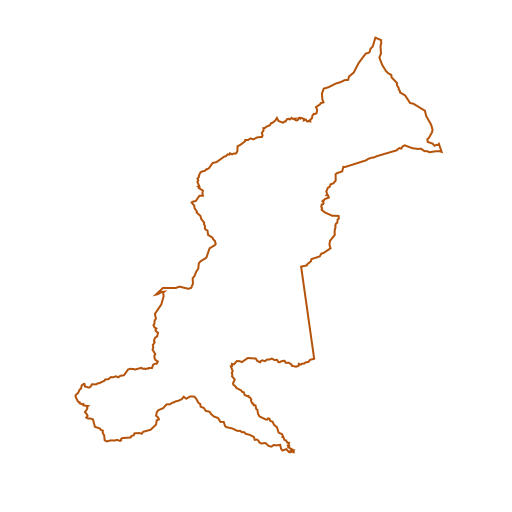 San Juan Bosco, Morona Santiago, Ecuador (Robinson projection), rotated 82°
{"feature_id": "8360857B91956383415021", "entity_name": "San Juan Bosco", "entity_type": "district", "adm_level": 2, "iso_a3": "ECU", "parent_name": "Ecuador", "parent_adm1": "Morona Santiago", "projection": "robinson", "projection_center": [-78.379, -3.26], "detail": "fine", "context": "isolated", "style": "outline", "palette": "amber", "viewbox_px": 512, "rotation_deg": 82, "n_neighbors": 0, "source": "geoboundaries", "source_scale": "gbopen_adm2", "svg_char_len": 6101}
<svg xmlns="http://www.w3.org/2000/svg" viewBox="0 0 512 512"><g transform="rotate(82 256 256)"><path d="M280.3,360.5L280.1,358.4L278.5,354.4L278.6,352.1L279.1,353.1L282.8,353.0L290.8,356.5L299.3,364.2L304.1,363.8L305.9,365.4L309.1,366.1L310.2,367.2L312.5,366.5L313.9,364.7L314.8,365.7L316.4,365.7L318.3,363.7L321.9,365.1L322.7,367.0L323.9,368.0L325.9,368.9L327.3,368.3L329.9,370.6L332.1,370.4L334.3,371.5L339.2,369.4L340.5,370.5L342.8,370.7L344.9,370.1L346.8,367.9L348.7,369.1L348.7,371.1L349.4,373.0L352.5,374.6L352.0,377.7L352.6,378.5L352.2,379.5L352.7,381.1L352.0,381.9L352.0,383.8L350.8,385.0L351.6,391.7L350.9,392.9L350.2,396.4L350.6,398.5L355.7,403.3L355.8,407.1L357.0,409.3L355.7,411.3L356.2,415.2L355.7,416.4L357.4,419.2L357.4,422.7L358.4,423.4L360.2,429.1L360.0,430.4L360.9,432.1L360.2,436.3L362.4,438.0L363.1,439.8L361.4,443.5L358.8,443.7L358.6,444.2L359.9,446.6L362.9,447.7L363.7,449.2L366.7,451.1L368.7,454.0L370.0,454.3L372.6,453.5L375.4,452.5L376.5,450.9L377.3,451.2L378.7,448.6L378.5,447.6L379.9,447.7L381.2,443.3L381.8,444.4L383.0,444.1L384.6,445.0L386.8,447.2L388.8,445.7L390.9,445.0L392.4,446.5L393.7,444.7L393.7,442.9L395.1,440.2L402.7,439.3L405.1,434.6L406.5,434.0L407.6,432.0L409.7,432.4L412.7,431.3L417.3,431.5L418.8,429.7L418.4,425.4L419.1,421.3L418.7,419.3L420.2,416.3L419.8,415.2L418.5,415.1L417.7,413.8L418.3,405.4L417.1,404.6L416.4,401.9L414.7,401.0L415.1,396.2L416.1,393.9L414.4,392.3L413.4,384.5L409.0,378.4L404.9,377.2L404.3,374.9L402.5,375.3L400.2,377.2L396.6,375.8L395.1,374.1L393.8,369.2L390.5,365.2L390.9,361.9L389.5,358.9L389.6,357.7L388.8,356.1L388.6,353.2L387.4,349.3L385.3,347.2L387.6,344.9L385.9,340.5L386.6,336.8L388.5,335.3L393.4,333.4L394.9,331.8L397.5,331.8L399.3,328.7L402.3,327.4L403.8,323.6L406.4,322.4L409.1,320.0L411.2,316.1L415.4,314.3L415.8,311.1L420.0,310.3L421.3,309.3L423.5,303.4L426.5,299.0L427.0,295.9L428.6,294.4L428.8,292.2L430.6,291.0L432.3,287.0L434.9,283.3L437.9,282.8L437.9,280.7L439.3,279.2L440.9,278.8L442.4,277.0L442.5,272.7L445.9,269.9L446.9,267.2L445.6,264.7L446.4,262.3L446.4,258.4L450.4,258.0L452.3,256.9L451.5,252.7L454.6,250.9L455.2,249.4L454.8,247.4L455.6,246.0L454.6,245.8L454.1,246.6L453.6,246.0L453.2,248.2L452.5,247.2L449.9,250.6L449.4,250.0L448.4,250.7L448.2,249.7L447.4,250.1L445.6,249.3L445.3,250.8L442.9,252.0L441.9,253.5L439.3,254.0L438.9,255.0L438.2,254.4L436.2,254.9L434.0,258.2L428.4,259.1L425.8,261.6L422.4,262.7L421.3,264.8L418.9,265.4L418.5,266.7L419.5,267.5L419.3,269.0L415.3,274.9L412.5,276.0L408.5,276.0L407.5,277.1L403.9,277.3L403.4,279.1L401.8,279.2L401.5,280.2L398.6,281.1L397.3,280.6L395.4,281.6L394.5,283.0L393.5,283.0L393.3,284.8L391.9,286.6L389.2,287.1L388.7,288.5L387.1,289.4L383.9,293.9L382.6,294.2L380.2,296.4L378.9,296.5L375.3,294.2L371.8,296.5L370.0,295.9L368.5,296.3L366.7,295.1L361.7,296.3L361.7,295.1L359.5,294.9L360.2,292.8L357.4,289.7L357.8,287.0L359.1,284.8L355.9,278.4L357.5,270.5L360.2,269.3L361.8,266.7L360.8,266.1L360.2,264.3L361.4,261.8L360.1,259.5L360.4,257.2L359.8,254.6L361.6,252.2L361.7,249.7L364.2,248.6L364.5,247.3L363.7,245.3L363.7,242.3L365.9,241.4L366.3,238.3L368.5,235.9L369.7,235.8L371.2,231.8L370.7,229.1L368.8,228.6L369.8,226.7L369.1,225.3L369.2,223.2L368.3,221.8L368.2,218.8L366.3,216.9L365.9,212.7L272.8,212.8L272.4,207.0L271.4,206.5L268.9,202.4L266.8,201.5L265.3,193.0L262.7,190.9L262.4,188.6L258.7,181.1L255.3,181.7L251.4,180.7L246.1,175.1L242.3,174.7L238.0,173.1L237.0,173.4L235.0,172.2L234.4,170.9L231.3,170.1L230.4,168.8L228.5,168.6L227.8,168.7L226.7,175.0L222.4,181.8L219.3,184.6L217.7,183.9L216.3,184.5L214.1,183.7L214.0,182.3L212.9,181.7L211.2,181.9L210.9,182.5L210.4,182.0L210.5,181.2L209.2,179.9L208.3,175.8L206.0,176.2L205.6,177.7L204.7,176.9L201.9,177.4L198.3,175.2L197.8,173.5L195.4,172.2L194.8,169.2L192.4,166.6L186.1,165.8L185.3,164.5L184.2,158.9L179.9,157.1L180.3,155.6L176.6,133.8L175.4,131.3L174.7,127.2L174.9,125.8L173.9,122.1L170.9,101.7L170.2,101.2L169.0,98.7L169.9,97.3L167.9,95.5L167.1,93.3L171.0,86.2L172.6,80.4L172.7,77.7L175.6,74.6L176.1,71.7L177.4,69.9L177.3,63.7L177.7,59.9L178.7,57.7L170.4,59.3L171.4,60.5L171.1,61.8L171.7,63.7L169.2,65.6L167.0,70.0L164.3,70.1L162.9,68.2L158.0,64.5L155.7,63.6L150.3,64.3L141.1,68.0L135.7,68.5L127.0,79.1L126.0,82.1L117.7,86.0L114.1,90.6L112.6,90.5L111.1,91.5L109.6,91.3L106.3,92.7L104.3,92.3L98.0,96.9L95.5,96.8L93.9,99.1L91.1,101.5L84.4,104.4L76.7,106.2L72.7,104.0L65.3,103.5L62.9,102.4L59.6,102.1L56.4,107.4L64.7,111.2L66.9,113.9L69.7,115.0L70.5,116.3L70.8,119.0L73.4,121.8L79.1,127.4L87.9,133.7L91.3,139.0L94.4,140.2L94.2,143.8L95.6,148.0L96.3,152.8L99.0,160.8L99.7,165.7L104.4,168.1L110.2,168.5L113.3,167.8L113.6,170.6L114.7,171.4L116.9,175.9L119.6,175.1L123.1,176.2L123.6,178.0L123.2,178.8L124.5,180.4L127.5,181.5L128.5,183.3L130.3,183.5L129.5,185.0L130.1,185.9L129.8,186.7L128.0,187.5L128.4,189.7L127.1,189.2L125.5,192.1L126.1,193.0L125.2,193.5L125.3,194.4L127.0,195.4L127.4,197.2L125.9,199.2L125.4,198.2L125.1,201.0L124.2,201.6L125.5,203.5L124.7,204.7L124.8,206.2L126.9,208.0L126.8,209.2L127.8,210.6L125.5,214.9L122.2,216.1L124.6,218.1L126.5,221.3L126.5,222.5L128.4,224.0L129.6,228.3L130.5,229.4L130.4,230.9L132.8,231.1L134.9,233.1L137.5,232.7L138.9,233.5L138.7,238.2L140.1,242.3L138.8,245.1L140.0,247.7L139.6,250.5L140.9,250.9L143.6,255.7L144.8,259.0L149.7,259.9L151.7,261.5L151.5,264.1L152.0,265.6L150.7,267.5L151.9,268.2L151.4,270.0L153.0,272.0L153.1,273.5L157.5,282.0L157.8,285.9L162.4,290.3L163.3,292.1L163.1,292.9L164.5,294.7L164.9,298.2L165.6,299.4L168.6,301.5L169.8,301.5L171.2,303.2L173.1,302.6L174.4,303.7L178.6,302.6L179.1,303.6L179.9,302.4L180.8,303.1L183.9,299.5L186.7,300.4L188.9,300.2L188.5,303.7L193.1,307.9L193.5,311.4L194.1,312.3L197.5,310.2L200.0,310.2L203.8,308.3L204.7,308.7L208.7,305.4L211.7,305.1L216.0,302.6L217.0,303.1L219.4,302.3L220.9,302.8L222.6,302.5L224.0,300.5L228.5,300.5L231.9,296.4L233.3,296.2L235.4,294.6L238.4,294.2L239.6,295.4L241.9,300.9L250.8,305.4L253.5,311.6L255.2,313.6L260.6,315.0L262.9,317.2L267.4,319.8L269.2,321.8L274.6,322.3L278.5,324.6L279.1,327.4L275.7,336.0L276.5,340.0L274.7,352.6L280.3,360.5Z" fill="none" stroke="#b45309" stroke-width="2"/></g></svg>